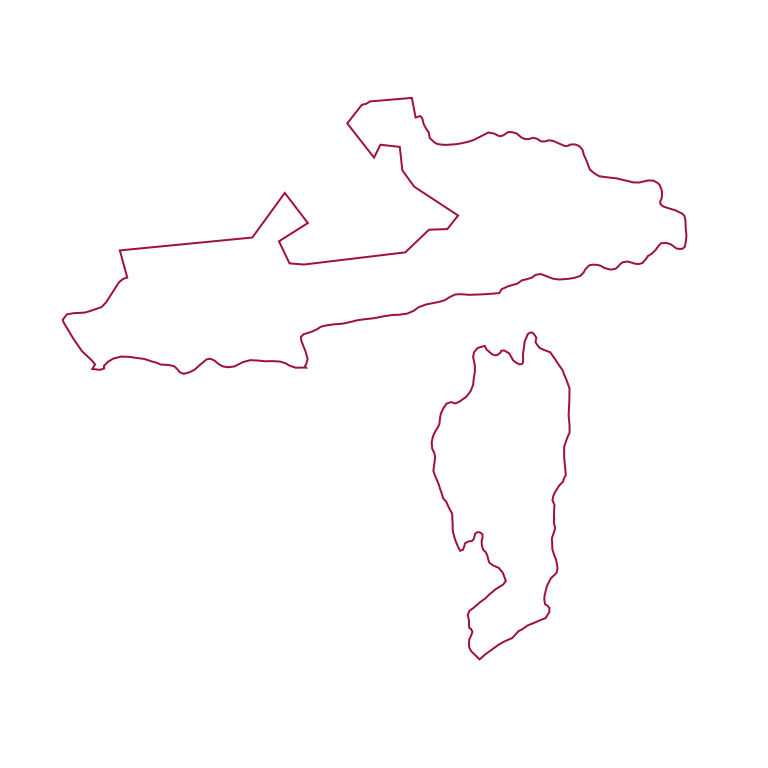 Panfilov, Chuy, Kyrgyzstan (Mercator projection), rotated 175°
{"feature_id": "92254566B35271705363117", "entity_name": "Panfilov", "entity_type": "district", "adm_level": 2, "iso_a3": "KGZ", "parent_name": "Kyrgyzstan", "parent_adm1": "Chuy", "projection": "mercator", "projection_center": [73.745, 42.502], "detail": "fine", "context": "isolated", "style": "outline", "palette": "rose", "viewbox_px": 768, "rotation_deg": 175, "n_neighbors": 0, "source": "geoboundaries", "source_scale": "gbopen_adm2", "svg_char_len": 5200}
<svg xmlns="http://www.w3.org/2000/svg" viewBox="0 0 768 768"><g transform="rotate(175 384 384)"><path d="M70.0,525.1L71.8,527.6L74.5,529.2L78.6,531.6L79.8,532.1L86.4,534.8L90.1,536.4L91.4,537.5L93.0,539.4L92.9,542.0L91.7,543.8L90.8,546.4L90.3,552.0L92.1,558.6L94.5,560.9L97.7,563.0L102.8,563.8L112.0,562.5L117.7,563.0L134.2,568.5L142.0,570.1L151.5,572.2L155.4,575.0L157.8,577.1L160.4,579.9L162.7,588.6L165.1,595.4L165.7,599.6L166.4,600.9L168.0,603.2L170.6,605.1L173.1,606.1L177.5,606.3L180.2,605.2L182.9,605.3L184.2,605.9L190.3,609.2L194.2,611.4L198.6,612.4L202.6,611.6L206.4,612.0L210.3,615.0L214.0,616.3L218.2,615.4L221.9,615.7L225.2,617.2L229.9,621.9L234.2,623.6L238.1,624.2L244.1,621.1L247.3,620.7L252.7,624.0L258.2,625.4L266.9,621.9L273.6,619.2L279.1,618.0L285.9,617.0L291.8,616.6L301.5,616.8L307.2,617.7L310.9,618.9L313.4,621.0L317.0,625.1L317.5,630.6L319.7,634.5L321.7,639.1L322.8,645.5L324.6,647.8L329.3,646.7L331.3,666.6L373.3,666.7L377.6,664.6L381.7,664.1L397.9,646.8L374.2,610.4L366.7,622.7L347.6,618.8L347.1,595.3L336.7,577.9L295.5,545.4L307.4,532.8L325.7,533.8L351.3,513.3L453.3,510.0L467.6,512.4L476.2,535.3L445.8,551.0L466.2,583.0L502.4,541.4L635.5,540.1L630.5,512.4L634.6,511.5L639.1,508.5L650.7,493.5L653.6,489.7L658.7,485.2L670.9,482.2L676.1,481.2L687.0,481.6L693.9,481.0L698.5,475.9L697.8,473.3L689.5,456.2L682.0,443.0L673.3,433.3L670.1,428.8L673.3,424.4L671.9,424.1L668.8,423.5L667.0,423.1L665.8,423.0L665.1,423.0L661.4,423.9L661.5,426.3L657.1,430.2L651.4,432.9L643.5,434.2L635.2,433.2L627.7,431.4L620.8,429.9L620.6,429.8L614.0,427.0L608.6,425.0L604.7,422.8L597.1,421.8L591.5,420.0L588.9,417.2L586.4,413.4L582.6,411.6L576.8,412.6L571.3,414.8L566.8,418.3L561.0,422.3L558.5,424.0L554.8,424.3L550.9,422.2L547.0,418.3L543.3,415.7L538.2,414.3L531.6,414.5L522.6,418.1L516.3,419.2L514.9,419.4L505.9,418.1L500.5,417.0L492.8,416.5L485.6,415.4L480.4,413.3L476.3,410.4L470.6,407.9L464.1,407.5L460.2,407.1L461.0,409.0L459.6,410.9L457.9,415.7L459.5,424.0L460.7,427.7L462.6,434.2L462.7,438.2L459.6,440.6L455.4,441.5L451.2,442.5L445.7,444.4L442.1,446.5L436.4,447.4L428.6,447.8L419.9,447.7L412.8,448.6L405.3,449.8L398.2,450.2L388.3,450.4L378.0,451.5L369.7,452.0L368.5,452.0L363.5,451.7L354.7,452.1L347.9,454.4L342.8,457.5L335.1,459.6L322.7,460.9L316.1,462.2L310.7,465.0L305.1,467.0L300.1,466.8L291.0,465.4L275.4,464.6L261.2,464.5L258.5,468.3L255.3,469.3L251.7,470.6L242.7,472.3L237.4,475.3L232.3,476.0L227.6,477.0L223.4,479.5L218.5,479.9L214.1,477.9L206.6,474.2L200.2,472.8L190.9,472.7L184.8,473.2L179.0,474.6L175.4,477.7L173.3,480.9L169.1,484.4L165.5,484.7L161.0,484.0L157.8,482.9L154.4,480.4L148.4,478.2L143.3,478.6L140.9,480.3L137.9,483.1L135.5,484.5L130.9,484.8L126.6,483.3L123.4,481.9L119.6,481.3L115.9,482.0L111.6,486.3L110.0,488.4L105.9,490.5L101.7,493.9L98.9,497.2L96.0,500.0L90.8,500.0L86.5,498.4L83.0,495.4L80.7,493.4L76.8,492.7L74.7,492.8L72.3,494.6L70.5,501.4L69.7,506.5L69.9,512.7L69.6,517.9L69.5,520.6L70.0,525.1ZM312.8,101.3L306.9,105.7L292.0,114.6L285.5,117.4L278.4,119.7L271.5,126.1L267.5,127.7L261.6,131.1L256.5,132.6L251.4,134.3L243.4,136.8L239.1,142.5L238.8,146.6L240.6,149.1L242.7,150.5L243.1,154.9L242.6,158.9L239.2,168.8L234.6,176.0L230.9,178.9L228.3,181.2L227.2,185.5L227.5,190.4L228.0,194.3L229.4,198.8L230.7,204.8L230.4,209.7L230.2,215.6L226.2,224.9L226.2,227.2L226.7,228.8L226.6,230.3L226.8,231.9L226.7,232.7L226.4,233.5L226.5,233.8L226.5,234.1L226.4,234.4L226.3,234.6L226.3,234.9L226.2,235.0L226.4,235.2L225.6,242.7L224.7,248.5L226.3,253.7L225.0,257.9L223.1,261.3L218.4,267.5L214.1,271.2L212.8,274.6L210.8,277.4L210.9,295.0L210.0,305.9L205.9,314.9L203.4,319.2L202.8,326.0L202.8,336.7L202.0,342.7L200.8,351.3L199.6,363.4L201.7,371.6L203.7,377.7L205.0,382.4L207.6,386.8L209.6,390.3L211.2,393.6L213.4,397.3L215.6,401.1L221.2,403.8L225.5,406.1L227.3,408.5L229.4,412.4L228.2,417.0L230.6,421.1L232.4,422.5L234.5,422.3L236.4,421.2L238.2,417.6L240.2,414.1L241.5,407.6L242.8,402.3L243.2,398.8L243.3,395.4L243.8,393.1L245.0,391.8L247.4,391.8L250.8,393.9L253.4,396.5L256.5,403.4L258.6,405.0L261.3,406.9L264.2,406.9L265.3,405.0L268.2,403.2L270.5,402.8L273.6,404.1L278.9,409.5L280.3,413.2L287.7,411.7L291.6,407.7L292.9,403.0L291.8,394.5L292.4,388.3L293.9,382.6L295.3,375.4L298.3,369.4L303.1,364.1L310.6,359.8L314.6,358.4L318.8,360.1L323.5,359.0L327.2,354.3L329.8,349.9L331.1,345.5L332.3,339.3L334.4,335.8L336.9,332.6L339.8,327.5L341.6,321.8L341.6,315.3L340.0,311.0L339.4,307.0L340.0,303.9L341.5,297.2L342.4,293.2L341.0,287.6L338.4,279.9L337.2,274.4L336.0,269.8L335.0,264.9L332.3,261.4L330.1,255.0L327.4,248.9L327.7,243.6L327.8,238.1L328.2,233.8L328.1,230.2L326.8,223.1L324.5,215.5L322.7,211.2L319.8,212.0L318.0,215.7L317.3,218.2L313.7,219.8L310.2,219.9L308.1,221.7L307.2,224.0L306.3,226.9L304.1,228.2L301.4,227.9L299.0,225.7L299.2,222.5L300.5,218.9L300.5,214.4L299.7,210.4L297.3,207.6L296.0,204.0L295.4,200.0L294.6,196.8L291.2,193.8L289.3,192.8L285.7,190.8L282.1,185.6L280.9,181.3L279.8,177.2L282.8,173.8L290.6,169.9L297.2,165.3L301.7,161.6L307.1,158.4L314.6,153.0L318.6,150.6L320.7,146.7L320.0,141.4L320.4,136.4L320.2,133.4L318.6,132.3L317.5,129.4L319.0,126.1L321.5,121.6L322.0,117.5L322.0,113.9L320.4,110.2L312.8,101.3Z" fill="none" stroke="#9f1239" stroke-width="2"/></g></svg>